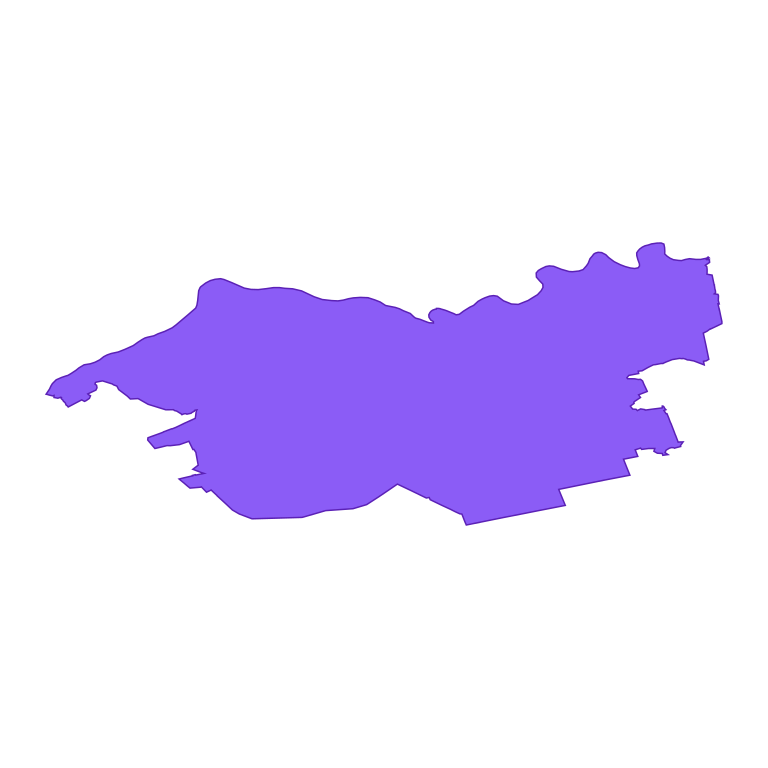 Inčukalna pag., Incukalna, Latvia (Natural Earth projection)
{"feature_id": "27541924B15420953468382", "entity_name": "Inčukalna pag.", "entity_type": "district", "adm_level": 2, "iso_a3": "LVA", "parent_name": "Latvia", "parent_adm1": "Incukalna", "projection": "natural_earth1", "projection_center": [24.654, 57.105], "detail": "fine", "context": "isolated", "style": "filled", "palette": "violet", "viewbox_px": 768, "rotation_deg": 0, "n_neighbors": 0, "source": "geoboundaries", "source_scale": "gbopen_adm2", "svg_char_len": 5954}
<svg xmlns="http://www.w3.org/2000/svg" viewBox="0 0 768 768"><path d="M353.0,508.7L366.7,504.6L378.9,496.7L386.0,491.9L390.1,489.1L397.4,484.1L411.9,491.0L426.3,498.0L429.2,497.5L430.2,499.7L436.4,502.7L442.0,505.4L451.3,509.7L451.2,509.7L455.6,511.9L460.0,513.9L460.7,513.9L461.9,514.1L464.9,521.8L466.3,525.0L491.6,519.9L503.5,517.5L523.0,513.7L537.1,510.9L565.3,505.4L558.7,489.4L603.9,480.2L629.9,475.2L627.0,468.0L623.5,459.2L637.8,456.4L635.2,449.8L640.6,448.1L641.6,449.4L648.6,448.5L654.8,448.5L653.9,451.3L657.3,453.2L662.3,453.5L662.8,455.3L668.0,454.6L665.0,452.6L666.1,450.2L669.2,448.3L671.3,447.6L673.6,447.7L674.6,448.2L675.6,447.8L680.7,446.5L680.5,445.5L683.1,441.9L679.1,442.0L678.2,442.2L675.6,435.4L675.2,434.6L674.3,432.1L670.9,423.3L670.5,422.7L669.7,420.6L668.9,418.4L667.0,413.7L666.1,413.7L663.9,410.5L665.9,409.7L665.3,409.1L664.5,408.1L664.2,407.2L662.9,406.0L662.2,406.1L662.3,407.8L662.2,407.9L651.1,409.3L645.2,410.1L644.9,409.6L640.6,408.9L637.4,410.6L636.1,409.3L632.7,409.1L630.3,406.1L634.0,403.5L634.1,403.3L633.8,403.1L633.8,402.5L634.0,402.0L634.6,401.4L636.3,400.3L640.5,397.5L638.6,394.8L647.2,391.5L647.3,391.4L646.4,389.5L643.8,384.0L642.8,381.5L642.6,381.0L641.4,380.0L640.6,379.4L640.3,379.3L638.3,379.5L634.6,378.8L627.5,378.7L626.9,377.7L628.8,375.4L638.7,373.5L638.2,371.2L642.1,370.8L648.1,367.4L653.4,364.8L655.5,364.6L661.0,363.5L663.0,363.5L663.2,363.3L666.3,361.9L672.2,359.6L679.5,358.4L682.2,358.7L682.9,358.4L685.3,359.0L687.3,359.9L689.8,360.1L690.8,360.4L693.7,360.9L704.2,364.9L703.5,361.3L706.3,360.8L708.8,359.3L706.1,346.1L703.3,333.1L707.1,331.2L710.2,328.9L710.4,329.1L721.9,323.6L721.9,321.6L720.8,316.5L719.4,309.7L719.3,309.8L718.0,303.8L719.2,303.9L718.3,300.6L718.5,295.8L718.0,294.4L714.3,293.8L714.5,293.6L715.2,293.1L715.5,292.6L715.6,292.2L715.5,291.7L715.4,290.9L715.4,290.6L714.9,289.0L714.6,286.7L714.4,285.8L714.4,285.4L714.4,285.1L714.2,285.1L712.1,275.1L707.0,274.2L707.1,271.5L707.1,269.3L706.8,266.7L705.3,265.3L709.6,262.4L709.5,260.7L709.3,260.5L709.2,260.2L709.1,259.9L708.9,259.6L709.0,259.5L708.7,259.5L707.4,259.6L706.8,259.6L706.5,259.6L706.2,259.3L707.1,259.1L707.7,258.9L708.6,258.2L709.0,257.8L708.8,257.7L708.1,257.0L706.6,258.2L703.2,258.9L700.7,259.4L695.8,259.4L689.5,258.7L685.2,259.5L681.5,260.6L678.4,260.4L673.4,259.7L670.0,258.2L667.0,256.1L664.7,253.9L664.8,251.3L664.6,247.6L663.9,244.1L661.2,243.0L657.0,243.1L651.5,243.9L648.3,245.0L645.0,245.8L642.3,247.1L639.7,249.0L638.1,250.8L636.7,252.9L636.8,255.7L637.8,259.4L639.4,263.8L639.5,266.0L638.2,267.8L634.7,268.5L630.5,268.0L625.3,266.6L620.3,264.7L614.2,261.7L608.7,257.6L605.8,254.7L601.7,252.6L598.1,252.3L595.3,253.1L593.6,254.2L592.6,255.7L590.0,258.7L588.2,263.3L586.4,265.9L583.1,269.6L579.0,271.0L572.5,271.7L569.0,271.5L561.3,269.3L553.7,266.3L549.3,265.9L545.9,266.5L541.3,268.7L538.3,270.5L536.2,273.0L536.4,277.1L539.5,280.7L542.8,284.1L543.0,287.4L541.2,290.7L537.5,294.7L532.1,298.0L528.1,300.5L518.3,304.4L511.4,304.0L503.5,300.8L497.3,296.2L493.6,295.6L489.6,296.1L485.1,297.7L482.0,299.1L478.1,301.3L473.6,305.4L469.8,307.2L463.4,311.2L459.3,314.3L456.1,314.8L453.8,313.6L450.7,312.4L446.8,310.8L444.8,310.1L440.6,308.9L440.2,308.7L439.7,308.6L438.9,308.5L438.1,308.4L436.4,308.4L436.3,309.1L434.9,309.3L432.7,310.1L431.1,311.2L429.9,312.6L428.8,314.8L429.0,317.3L430.9,320.2L432.7,321.1L433.4,321.7L433.5,321.9L433.3,322.3L433.4,323.0L429.4,322.8L427.7,322.3L423.8,320.8L420.0,319.3L415.5,318.1L413.8,316.8L410.3,313.5L403.3,310.7L399.5,308.8L395.2,307.4L389.6,306.3L385.6,305.5L380.2,302.0L374.8,299.9L368.0,297.7L360.3,297.4L353.2,297.9L348.6,298.7L343.3,300.1L338.0,300.9L331.8,300.6L322.9,299.6L322.2,299.5L314.2,296.8L301.6,290.9L292.7,288.8L284.7,288.3L279.4,287.6L273.6,287.6L266.0,288.7L258.2,289.6L251.0,289.4L244.3,288.1L231.7,282.6L224.0,279.5L220.6,278.7L215.0,279.3L210.3,280.6L205.7,283.0L200.7,286.8L200.0,287.7L198.7,290.7L197.7,300.4L196.9,305.2L195.7,308.1L187.4,315.3L181.7,320.1L176.3,324.7L172.2,327.8L164.7,331.4L158.0,333.8L153.9,335.8L147.6,337.2L144.9,338.0L142.0,339.6L137.7,342.4L133.2,345.6L124.8,349.4L118.2,352.0L111.2,353.5L107.2,354.9L103.7,356.7L99.8,359.8L95.1,362.2L90.3,363.8L84.1,364.8L78.9,367.9L76.1,370.2L71.1,373.5L67.9,375.4L66.1,375.9L61.7,377.4L56.2,379.8L52.4,383.6L51.0,385.9L49.5,389.1L46.1,394.2L47.8,394.6L48.6,394.9L52.7,395.9L54.0,395.4L54.0,395.7L54.0,397.5L57.9,398.2L60.9,397.2L61.4,397.6L61.2,397.8L61.1,398.1L61.1,398.3L61.3,398.7L62.9,400.2L63.1,400.6L63.2,400.8L63.6,401.5L63.9,401.6L64.5,402.1L65.1,402.7L65.4,403.3L65.6,403.7L65.7,404.0L65.9,404.6L66.1,405.0L66.6,405.4L67.5,406.0L67.7,406.3L68.2,407.0L74.8,403.5L81.7,399.9L84.5,401.4L86.2,400.6L89.4,398.4L90.5,395.8L88.7,394.8L87.8,393.9L95.9,390.1L97.0,387.8L96.6,385.3L95.0,384.1L95.4,382.6L96.3,382.1L102.5,380.9L112.4,384.0L113.4,384.8L116.9,386.1L118.7,389.6L126.5,395.5L127.4,396.2L130.3,399.0L138.1,398.6L148.1,404.3L165.8,409.8L173.6,409.7L174.3,410.5L176.7,411.1L181.2,413.9L181.9,414.7L183.9,413.8L185.9,413.7L186.7,414.1L187.1,414.1L190.9,413.3L191.0,413.3L191.9,412.5L194.3,411.2L194.3,410.8L194.5,410.5L194.8,410.3L195.1,410.2L196.1,410.0L196.9,409.9L196.5,410.6L196.3,411.3L196.1,412.2L195.6,416.3L195.2,418.4L193.8,419.0L184.5,423.2L175.8,427.4L172.0,428.9L171.6,428.8L163.4,431.9L162.9,432.3L160.0,433.4L148.0,437.7L147.8,439.0L147.7,440.0L148.6,441.1L154.9,448.5L161.0,447.1L167.0,445.6L170.2,445.7L179.6,444.6L188.9,441.3L192.2,448.1L192.9,449.5L193.9,449.4L195.9,452.4L196.3,454.9L196.7,457.0L198.2,465.2L197.6,465.6L192.8,469.3L201.2,472.5L204.0,473.4L195.6,475.1L195.4,474.7L192.5,475.4L192.7,475.8L184.0,477.8L179.1,479.0L180.6,480.3L183.8,482.9L187.4,486.0L190.0,488.1L200.7,487.2L201.2,486.8L201.4,486.9L206.5,492.2L210.0,490.6L211.1,490.0L214.5,493.2L216.9,495.4L217.0,495.7L224.2,502.3L226.9,504.8L232.4,510.0L239.3,514.0L252.0,518.8L302.0,517.4L303.6,517.0L325.7,510.6L353.0,508.7Z" fill="#8b5cf6" stroke="#5b21b6" stroke-width="1.5"/></svg>